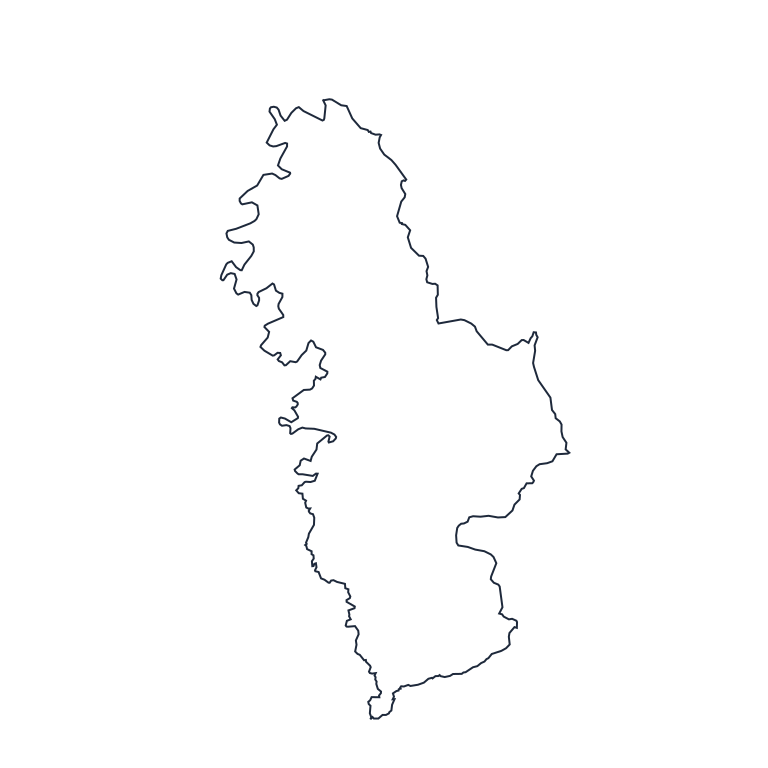 Chililabombwe, Copperbelt, Zambia, rotated 64°
{"feature_id": "96606910B40420728980339", "entity_name": "Chililabombwe", "entity_type": "district", "adm_level": 2, "iso_a3": "ZMB", "parent_name": "Zambia", "parent_adm1": "Copperbelt", "projection": "robinson", "projection_center": [27.886, -12.358], "detail": "fine", "context": "isolated", "style": "outline", "palette": "slate", "viewbox_px": 768, "rotation_deg": 64, "n_neighbors": 0, "source": "geoboundaries", "source_scale": "gbopen_adm2", "svg_char_len": 6154}
<svg xmlns="http://www.w3.org/2000/svg" viewBox="0 0 768 768"><g transform="rotate(64 384 384)"><path d="M661.4,371.5L656.3,368.8L654.8,368.8L651.2,371.8L650.3,374.9L645.5,378.4L642.8,378.8L640.8,381.1L636.6,375.4L616.7,368.8L614.4,369.2L610.8,372.4L606.3,373.6L604.0,372.1L594.3,361.6L587.5,361.4L584.0,362.7L578.3,367.1L572.8,374.6L567.2,380.1L561.7,388.0L558.4,388.3L551.6,385.5L545.5,381.3L544.1,378.9L543.4,375.9L544.4,373.3L544.4,369.2L541.2,365.8L541.9,361.9L545.6,355.4L548.3,347.8L553.9,340.1L556.8,333.3L554.0,324.0L549.6,319.6L547.2,312.7L543.3,310.4L541.4,310.9L538.6,306.2L538.9,303.9L535.8,299.4L538.2,294.2L537.6,292.8L536.6,291.6L531.6,292.2L527.3,288.2L524.7,283.1L524.3,279.3L526.7,272.1L527.3,266.5L522.8,259.7L527.1,249.4L527.0,247.6L522.4,249.4L516.8,245.8L510.0,246.7L504.4,245.3L498.3,242.2L494.7,242.4L490.0,244.7L486.1,243.3L481.0,244.4L469.2,240.4L448.1,243.7L434.4,241.7L430.5,240.8L420.4,233.6L415.3,231.7L409.3,225.4L406.6,225.6L404.3,224.8L403.1,226.8L406.1,229.7L407.1,232.1L410.4,236.1L405.7,239.2L404.9,241.0L406.6,246.3L406.2,252.6L408.0,257.6L407.2,259.3L396.1,269.4L394.1,273.4L377.2,277.6L372.3,277.1L367.9,279.1L361.9,283.7L359.7,286.7L353.5,308.5L349.7,308.5L348.5,306.5L337.7,303.1L329.3,299.4L327.4,296.5L318.9,292.6L316.3,294.1L315.3,296.6L311.5,300.6L308.4,300.0L305.4,297.4L301.2,296.3L298.1,293.0L289.6,291.7L286.1,292.6L284.0,296.3L273.5,300.0L262.6,298.3L257.3,293.1L250.3,295.1L248.1,297.8L247.3,297.3L245.9,299.2L238.9,298.7L227.6,288.5L225.3,283.6L222.6,281.6L215.7,282.3L212.5,281.5L209.6,279.2L209.6,277.1L210.7,276.1L210.0,274.4L192.1,277.5L185.9,279.2L177.9,283.2L170.7,284.3L164.9,283.1L160.4,279.7L158.9,277.5L157.7,278.6L156.2,282.3L152.8,285.6L151.2,285.5L150.8,287.1L148.6,287.3L143.8,292.8L131.4,296.1L117.8,295.7L114.7,300.3L105.6,306.1L104.1,308.3L102.5,314.0L101.5,314.3L108.0,314.3L119.1,321.2L120.2,322.3L120.2,323.8L103.4,336.7L97.8,339.2L97.6,342.2L99.7,348.4L103.9,355.3L103.9,357.9L97.4,359.3L91.2,358.5L88.5,359.2L86.5,361.5L85.7,364.3L86.4,365.8L89.0,367.5L98.1,366.1L104.0,366.6L106.6,371.7L115.6,383.6L119.4,382.2L121.9,379.5L123.0,376.5L124.0,367.2L125.4,365.7L128.0,367.0L135.9,378.3L141.1,383.5L146.1,381.8L152.9,375.8L153.8,376.1L155.1,378.6L154.8,386.0L153.4,387.7L148.6,390.0L145.8,392.3L143.2,400.7L150.0,411.0L150.7,421.9L154.0,432.4L156.2,433.5L159.0,433.4L160.4,432.6L162.8,423.1L168.0,419.5L176.5,422.2L179.9,426.4L180.7,428.9L181.0,433.7L179.7,448.8L177.9,457.3L179.6,459.6L183.5,460.6L186.4,460.2L191.2,456.6L194.8,450.3L196.6,443.0L201.2,440.8L204.1,441.2L207.7,442.9L210.7,447.1L215.5,457.1L219.4,462.0L218.7,463.2L214.2,465.7L206.9,467.1L206.6,471.4L207.3,473.3L214.9,482.5L217.7,484.6L219.9,483.8L220.3,482.8L217.0,477.0L217.2,473.1L219.6,470.0L225.4,470.7L232.5,477.0L237.8,476.9L239.7,475.9L240.1,469.0L243.1,464.6L246.0,464.3L250.4,466.1L254.7,466.2L257.9,464.6L257.8,463.3L254.1,459.6L251.8,458.5L248.7,458.9L247.4,458.2L246.4,456.4L246.4,447.7L244.8,440.2L246.3,439.2L252.7,440.2L256.2,438.1L258.3,435.7L261.3,437.2L265.8,443.6L267.7,444.9L270.2,445.5L277.8,444.3L279.7,445.2L278.9,461.8L279.3,465.6L280.4,466.5L286.8,464.4L291.3,468.2L295.2,477.4L296.5,478.8L301.6,476.9L309.7,471.6L310.1,470.2L309.3,466.0L310.6,463.7L313.0,464.1L315.3,468.8L317.3,468.4L319.8,466.1L323.6,465.3L324.1,463.9L322.4,458.3L325.7,453.8L325.7,452.2L321.9,445.3L319.9,439.2L314.1,433.9L312.9,430.5L315.0,429.0L321.2,429.0L326.6,423.9L330.1,423.1L331.6,423.8L335.4,430.3L338.8,433.5L341.7,434.2L348.1,429.5L349.6,430.3L351.8,434.0L350.8,437.7L352.0,439.1L347.6,442.1L349.4,443.4L350.3,445.6L354.7,447.6L356.5,450.6L356.6,453.0L354.2,458.7L356.7,472.5L359.1,472.9L361.8,470.2L363.3,469.9L364.6,470.5L365.9,472.7L366.1,474.2L364.8,476.5L365.3,477.4L368.4,476.1L375.8,475.6L376.9,476.4L377.7,484.1L371.6,488.2L368.9,491.4L369.2,493.3L372.7,495.2L374.7,495.2L376.8,494.0L378.2,489.7L380.4,487.3L382.7,487.4L387.1,489.9L388.1,489.5L388.4,488.0L387.1,480.9L387.4,476.5L389.6,473.9L393.7,466.3L404.5,453.0L407.7,450.7L410.6,450.2L411.8,451.2L413.2,454.8L412.4,459.2L411.4,459.2L407.4,455.9L405.7,456.5L405.3,457.8L408.2,470.1L413.3,473.4L417.7,480.8L421.0,483.7L415.9,488.6L416.4,492.5L420.1,495.4L421.7,501.8L423.2,502.1L426.5,501.0L427.7,500.3L429.4,496.8L435.4,488.3L434.7,484.4L435.5,483.0L440.6,488.6L439.9,493.0L437.6,497.0L437.4,498.4L439.0,502.3L438.1,505.4L440.1,506.7L441.1,509.5L444.8,508.5L446.8,505.4L451.6,507.2L454.7,505.2L456.2,506.9L460.9,508.0L462.8,506.6L463.5,504.9L465.1,507.3L466.1,507.4L468.0,507.0L469.9,504.9L473.6,505.3L479.9,508.7L485.6,517.1L488.5,519.2L492.4,523.6L493.8,523.6L494.2,525.4L495.5,524.8L498.7,525.5L502.6,522.4L505.2,523.7L507.1,522.5L510.1,523.7L511.7,526.5L516.3,528.3L516.7,527.2L515.1,525.4L515.3,523.8L519.1,525.0L521.2,527.7L522.2,527.8L524.3,525.2L531.1,525.8L533.8,523.3L538.2,521.0L538.8,520.0L537.5,517.7L538.2,515.4L541.3,513.0L546.5,506.7L550.6,508.3L552.9,506.0L555.5,507.5L560.2,507.4L561.5,508.6L561.8,512.4L563.4,513.1L571.2,507.8L572.6,508.8L571.9,515.2L576.1,516.2L577.4,517.2L580.9,517.1L580.6,521.2L584.3,524.3L585.6,524.0L586.4,522.7L588.9,516.2L594.4,515.3L597.8,516.5L602.2,521.7L606.3,523.0L611.8,527.2L615.0,526.1L616.8,524.5L623.6,523.0L624.1,521.3L625.8,521.9L631.1,520.0L632.7,520.1L636.0,523.6L637.6,523.4L639.1,521.6L640.2,518.2L641.9,520.3L643.8,520.1L645.8,521.4L648.2,521.1L650.2,522.4L655.3,523.2L659.1,521.5L660.5,522.3L661.8,525.0L663.5,525.5L660.0,532.4L662.2,535.1L662.8,537.5L665.0,538.0L667.3,537.2L673.8,541.1L677.9,541.5L679.4,543.2L678.3,540.3L680.2,539.8L682.2,535.7L680.8,530.4L682.3,527.3L682.2,524.0L681.3,523.1L680.7,520.5L675.8,517.3L671.9,512.7L671.2,514.4L669.4,512.1L666.0,511.6L665.4,507.4L665.9,505.3L664.8,504.5L665.1,502.6L664.0,502.6L663.2,501.1L664.6,498.7L665.1,494.1L667.0,492.6L669.2,485.3L669.9,479.1L668.4,473.3L669.1,469.7L669.9,469.4L669.1,465.8L670.3,463.3L670.0,461.6L671.3,461.3L674.0,457.9L675.3,452.6L674.9,449.1L678.6,441.2L678.1,439.1L678.8,437.0L677.6,428.2L678.5,423.8L677.4,419.1L677.5,415.4L676.2,412.5L676.2,410.4L673.9,405.5L675.3,395.5L675.0,390.1L673.2,385.2L665.9,382.6L662.8,380.4L659.7,373.3L661.4,371.5Z" fill="none" stroke="#1e293b" stroke-width="2"/></g></svg>